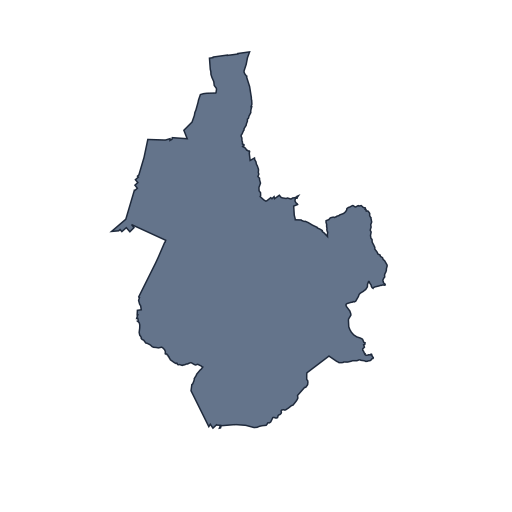 Ocotepec, Puebla, Mexico, rotated 212°
{"feature_id": "50627088B5073197281792", "entity_name": "Ocotepec", "entity_type": "district", "adm_level": 2, "iso_a3": "MEX", "parent_name": "Mexico", "parent_adm1": "Puebla", "projection": "natural_earth1", "projection_center": [-97.69, 19.551], "detail": "fine", "context": "isolated", "style": "filled", "palette": "slate", "viewbox_px": 512, "rotation_deg": 212, "n_neighbors": 0, "source": "geoboundaries", "source_scale": "gbopen_adm2", "svg_char_len": 6149}
<svg xmlns="http://www.w3.org/2000/svg" viewBox="0 0 512 512"><g transform="rotate(212 256 256)"><path d="M205.6,86.3L205.6,89.1L201.3,87.2L200.0,92.0L199.5,91.9L196.4,93.6L195.8,90.6L195.0,91.4L195.6,93.6L186.1,100.7L183.1,102.7L174.9,107.0L166.7,109.5L164.3,111.3L162.9,113.3L160.9,115.3L157.7,117.8L157.5,119.1L157.6,120.6L157.4,120.9L156.2,121.6L155.6,123.1L156.1,127.9L155.3,128.6L153.5,129.0L152.6,129.6L152.1,130.4L152.7,132.6L152.4,133.4L151.8,134.0L151.3,135.7L151.6,136.9L152.5,137.7L152.7,138.3L152.6,138.9L151.3,140.2L149.9,140.6L149.3,141.3L147.9,144.3L146.6,148.0L145.6,149.1L145.0,154.4L145.0,156.0L145.2,157.7L146.9,159.8L145.2,169.9L145.0,170.5L144.5,170.7L144.2,171.2L144.0,174.2L145.0,176.3L146.0,177.6L147.6,178.2L150.5,182.9L150.9,184.0L141.1,209.8L131.8,209.4L130.2,209.6L129.3,209.5L128.8,209.7L126.6,211.1L125.7,211.9L125.3,212.7L122.1,214.6L119.7,217.0L118.6,218.4L114.9,220.7L113.5,222.6L112.6,223.1L111.8,223.1L108.6,224.6L107.0,224.8L105.9,225.6L104.9,226.9L103.9,227.6L103.4,228.4L103.2,230.3L102.5,231.0L102.5,231.7L102.8,232.1L104.1,232.4L105.9,233.9L106.4,233.8L106.3,233.0L108.2,231.9L108.5,231.3L110.0,230.1L111.5,230.2L111.7,231.0L112.8,231.1L114.4,232.3L115.4,232.5L116.3,233.8L115.7,236.1L117.7,237.8L116.9,238.7L117.5,240.2L118.8,239.9L121.4,241.8L122.2,241.9L124.1,241.7L127.7,240.8L131.4,240.9L134.8,241.9L137.4,243.3L139.8,245.1L143.5,250.4L144.1,251.6L144.2,256.2L145.0,257.2L147.3,259.1L152.4,261.0L153.7,262.0L154.0,262.8L153.6,263.9L151.0,266.9L149.5,268.2L149.4,268.9L148.3,269.2L147.5,270.5L147.7,275.9L148.2,278.1L147.8,279.9L146.1,283.2L145.9,284.3L145.3,285.3L145.2,286.0L145.2,288.9L146.5,291.2L146.6,292.3L147.0,293.5L146.9,294.2L146.5,294.3L145.7,293.6L142.9,292.3L142.1,291.4L140.8,290.7L139.6,290.6L139.7,291.3L138.8,292.8L136.0,295.6L134.6,297.3L134.1,297.5L133.2,298.6L131.3,299.5L131.1,300.0L131.8,300.6L133.2,300.7L134.1,301.2L134.6,301.9L135.0,302.0L135.7,302.9L135.9,305.2L135.7,306.4L136.9,308.0L137.3,309.3L137.4,311.1L137.8,312.8L138.7,314.4L139.5,317.1L140.2,317.9L144.5,320.2L146.3,320.4L147.8,321.6L150.2,321.6L151.3,322.6L153.7,322.3L155.4,323.5L158.9,324.8L159.9,326.4L160.8,326.8L161.5,327.4L164.8,329.3L166.2,331.3L166.5,331.6L167.9,331.9L169.8,334.1L171.0,337.2L171.4,337.6L172.6,338.2L173.1,339.2L173.7,341.5L175.3,343.3L175.9,346.2L177.0,347.2L177.2,347.6L178.4,348.7L178.6,349.3L180.2,349.9L181.3,350.8L181.8,351.9L182.2,352.4L184.5,353.4L185.1,353.4L186.1,352.6L186.6,352.6L187.1,353.5L187.8,353.7L188.2,353.5L188.3,354.2L188.9,354.7L190.6,354.0L193.5,354.5L195.2,352.9L195.8,353.0L196.3,352.5L197.4,350.4L198.4,350.1L200.3,350.2L200.9,349.9L202.3,347.4L202.9,346.5L203.3,346.3L204.0,344.6L204.0,344.0L203.5,343.3L203.5,341.1L203.9,339.4L204.6,338.0L206.8,335.2L207.0,334.3L208.6,332.5L208.8,331.6L209.3,331.2L209.7,330.3L210.6,330.2L211.5,329.5L212.8,328.2L213.3,327.3L213.5,325.5L215.3,323.1L214.5,321.7L212.8,320.2L211.8,318.5L210.5,317.1L209.9,315.9L208.9,314.8L207.8,314.2L206.8,311.9L205.7,310.4L210.7,311.7L212.6,311.8L213.2,312.2L213.3,312.7L215.6,312.7L218.9,312.3L219.3,312.7L224.4,312.1L229.5,312.0L232.7,311.5L233.5,310.8L236.3,310.3L236.8,310.5L241.9,307.5L242.5,308.3L245.2,310.9L250.5,318.3L248.0,321.7L248.7,322.1L250.4,322.3L251.8,323.1L252.5,324.0L253.0,325.5L252.8,326.2L251.8,326.7L252.1,327.5L252.0,329.5L252.9,328.2L252.5,327.1L253.4,326.9L254.0,326.0L255.8,324.5L256.1,323.5L256.6,322.8L260.0,321.9L261.0,320.7L264.6,319.2L265.8,319.0L268.4,319.9L270.6,314.5L272.1,315.9L272.8,313.0L274.4,313.3L276.1,308.5L276.8,307.7L279.1,307.7L284.0,308.6L284.1,309.7L285.7,312.1L287.9,312.9L289.8,315.6L290.8,320.2L293.3,322.4L294.2,323.8L296.5,324.4L297.0,327.0L298.3,328.0L299.4,330.2L300.0,331.0L303.0,333.4L304.1,333.9L306.0,335.9L308.1,337.0L309.2,338.3L311.6,333.9L316.1,339.5L316.9,341.4L317.4,341.5L318.2,340.9L319.3,341.2L320.0,340.8L322.0,341.8L323.1,341.9L325.4,341.7L325.4,342.1L324.7,343.0L325.0,343.9L325.7,344.1L326.3,343.7L326.9,343.8L327.9,345.5L329.0,346.3L330.5,348.6L332.0,349.6L332.6,350.6L332.5,352.2L333.0,355.4L332.9,356.4L333.6,357.7L333.6,361.6L334.2,363.0L334.7,365.7L335.8,367.5L335.4,368.9L336.1,370.9L336.4,374.9L336.8,375.3L337.8,377.3L338.7,380.3L339.3,380.0L339.9,382.5L342.2,385.8L343.0,386.5L343.9,387.9L351.2,396.3L358.6,402.6L359.1,403.6L359.4,403.5L361.8,404.4L363.5,405.5L364.2,406.6L365.9,413.4L368.3,419.6L369.6,425.7L378.7,418.1L378.4,417.7L386.6,410.9L386.8,411.2L397.8,402.0L397.6,401.4L400.3,399.1L393.7,390.1L392.0,388.4L390.4,386.1L387.9,384.0L384.2,381.5L381.8,378.5L378.5,377.2L377.8,376.4L376.4,373.2L376.6,372.8L384.0,367.9L386.5,365.9L388.7,363.4L387.4,357.8L386.6,355.7L384.3,347.9L383.9,345.4L382.7,342.4L381.2,335.7L383.8,324.4L376.5,319.0L389.7,312.0L389.1,310.4L390.2,308.4L391.1,309.9L394.3,306.3L409.5,297.5L403.2,280.3L398.3,262.7L398.8,260.9L397.6,260.5L398.7,256.8L395.1,255.6L396.2,251.9L392.5,250.6L393.6,246.9L393.9,247.0L385.9,218.2L391.5,200.3L385.8,204.6L385.3,206.4L382.7,205.6L381.0,211.3L375.8,209.7L374.5,215.4L378.2,216.7L340.9,221.5L340.7,220.3L340.4,219.9L340.6,218.8L338.2,203.1L337.4,196.7L333.8,159.2L333.3,158.9L332.8,159.0L332.0,156.1L329.2,153.5L327.4,152.6L324.8,149.6L327.8,147.1L325.6,143.1L325.1,143.5L324.1,139.8L323.2,140.5L321.2,138.3L321.7,137.9L319.8,137.6L318.8,136.7L318.0,135.9L316.4,133.2L314.6,129.3L313.2,127.8L312.3,127.0L311.7,127.0L309.9,125.9L309.6,125.2L308.2,124.9L306.6,125.1L303.4,123.8L301.9,124.3L298.5,124.6L296.1,124.1L294.5,124.3L292.2,125.5L290.0,126.4L287.7,128.7L286.3,128.7L283.9,128.1L283.0,127.5L282.1,126.8L281.3,125.2L280.9,124.9L279.8,125.6L279.0,125.1L278.4,125.2L277.6,124.8L277.1,124.3L276.6,124.4L275.9,124.0L275.8,123.7L275.1,123.5L273.6,122.6L268.7,122.3L267.1,122.4L266.5,123.1L266.1,123.2L265.2,122.5L264.4,122.5L263.2,123.5L260.6,124.1L260.2,124.5L260.1,125.1L259.6,125.2L258.7,126.1L258.3,126.8L257.6,127.7L256.6,128.3L256.4,129.0L255.0,130.8L254.3,131.2L250.6,131.3L249.4,131.6L248.3,133.1L247.9,133.3L244.1,133.7L243.2,133.5L242.3,133.6L242.5,130.9L242.9,129.9L243.7,124.2L243.4,123.3L243.4,119.3L242.8,118.4L242.4,116.8L241.9,113.8L242.3,113.0L239.7,107.3L205.6,86.3Z" fill="#64748b" stroke="#1e293b" stroke-width="1.5"/></g></svg>